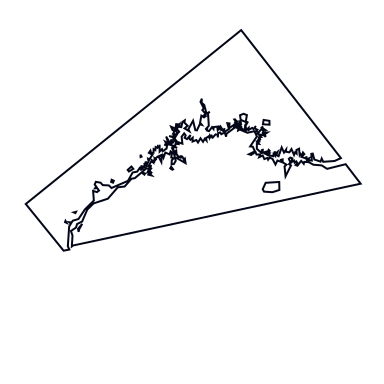 the district of Zemam Out, Al Wadi at Jadid, Egypt, rotated 232°
{"feature_id": "37247803B74353300773864", "entity_name": "Zemam Out", "entity_type": "district", "adm_level": 2, "iso_a3": "EGY", "parent_name": "Egypt", "parent_adm1": "Al Wadi at Jadid", "projection": "albers", "projection_center": [32.566, 23.653], "detail": "fine", "context": "isolated", "style": "outline", "palette": "ink", "viewbox_px": 384, "rotation_deg": 232, "n_neighbors": 0, "source": "geoboundaries", "source_scale": "gbopen_adm2", "svg_char_len": 6145}
<svg xmlns="http://www.w3.org/2000/svg" viewBox="0 0 384 384"><g transform="rotate(232 192 192)"><path d="M240.6,85.9L244.2,96.9L245.7,109.4L253.7,114.7L250.4,117.1L250.4,119.6L257.8,119.9L259.2,122.5L255.6,125.7L252.4,125.9L248.3,130.6L244.7,131.0L240.2,148.4L243.9,157.2L241.8,161.4L243.0,165.1L240.9,165.5L241.0,166.0L242.1,165.5L242.8,166.2L241.0,167.0L244.3,168.2L240.8,167.7L242.2,168.8L239.8,170.0L242.0,170.0L241.1,172.0L243.1,171.7L244.3,171.9L241.8,172.2L244.7,174.4L241.1,172.8L243.6,177.9L244.5,177.4L245.2,177.8L243.9,178.3L245.7,183.8L249.4,182.1L250.2,184.7L248.0,183.8L246.6,185.8L249.4,188.2L247.6,188.9L249.8,191.0L248.1,191.9L249.1,193.2L246.8,193.6L249.2,195.6L243.8,191.4L244.2,194.7L242.2,194.0L241.9,198.7L244.0,201.0L246.4,199.3L244.8,201.4L247.9,201.9L244.8,203.2L251.6,205.8L244.5,204.8L243.7,202.9L242.2,205.3L246.3,207.7L242.8,207.6L243.6,210.5L245.9,209.3L244.2,210.9L245.2,211.9L250.2,208.4L247.3,210.9L248.0,212.6L245.4,212.4L246.6,215.5L249.5,212.9L251.2,216.4L252.7,214.8L256.3,215.7L253.2,217.4L247.1,216.5L247.4,219.0L252.8,218.7L255.8,222.0L253.4,220.5L254.1,222.2L253.4,223.5L252.8,220.0L251.4,219.7L252.7,223.5L251.1,222.1L249.7,223.5L253.1,227.6L252.9,230.4L251.3,228.7L246.9,229.3L246.7,225.3L241.5,227.3L243.7,227.8L247.5,236.7L238.7,232.7L237.5,233.8L240.6,239.8L238.8,241.1L241.7,241.1L246.4,246.4L243.4,247.4L243.3,249.5L245.1,248.0L245.0,250.8L250.2,250.6L250.7,252.8L257.8,254.2L259.5,257.2L256.5,254.6L253.0,255.2L244.8,251.7L244.3,255.4L244.2,253.1L233.8,246.0L233.0,241.0L232.4,242.8L231.2,241.7L229.5,242.8L230.8,247.7L228.4,247.7L229.8,249.1L226.8,254.1L227.3,251.7L224.8,250.3L226.2,254.8L223.2,254.5L224.2,254.0L223.6,252.9L220.9,254.5L222.2,257.0L220.5,254.5L219.2,255.9L218.9,259.9L224.5,262.2L222.9,263.8L219.4,260.5L219.1,267.2L217.9,265.6L216.9,267.8L219.0,268.0L218.4,269.4L220.2,269.0L220.0,270.7L220.7,269.8L223.1,270.0L222.8,270.6L219.7,270.7L219.2,269.4L217.4,270.7L218.0,268.2L215.9,267.8L215.8,271.5L216.2,271.4L217.5,272.2L218.3,273.4L218.2,274.0L215.8,272.7L216.5,272.0L215.6,271.4L215.5,269.4L215.0,268.4L214.6,269.7L215.1,271.0L214.9,271.3L214.3,268.9L212.6,271.7L213.3,269.4L208.2,271.5L212.1,275.3L213.1,279.6L211.1,274.8L207.3,273.1L207.7,276.2L206.0,274.9L205.5,278.9L203.7,279.2L204.7,283.0L203.9,280.3L200.8,281.9L200.5,280.3L197.8,280.7L198.7,284.9L196.8,286.4L199.8,286.3L200.0,288.4L199.7,286.7L195.7,288.0L196.7,286.5L195.1,284.3L192.5,288.0L192.7,285.0L190.1,283.9L194.1,283.6L193.2,282.7L196.6,279.9L192.8,280.3L193.9,278.4L190.8,278.2L192.8,277.4L192.0,275.5L189.8,276.9L191.6,274.3L188.7,274.4L190.2,272.9L186.1,269.7L180.9,270.6L180.3,271.3L182.0,272.8L181.6,273.7L179.5,271.7L178.4,274.5L177.6,273.0L174.9,274.3L178.4,275.7L176.8,275.8L178.0,278.4L176.6,278.5L176.2,275.6L174.8,277.0L174.3,274.7L170.2,278.0L171.7,279.6L169.6,279.8L173.2,282.1L170.8,281.6L170.9,284.0L169.1,281.2L166.9,282.3L171.9,290.1L166.4,288.8L167.5,292.3L165.9,290.8L163.3,293.2L164.6,296.8L158.3,295.2L159.8,297.8L157.9,298.1L160.8,300.2L160.2,303.0L154.8,299.6L155.2,300.9L153.0,300.7L154.8,303.8L152.7,303.8L152.3,299.9L148.4,302.3L149.6,304.1L146.9,302.4L146.5,304.9L145.7,303.1L143.0,305.8L148.6,309.5L147.9,310.8L142.3,308.4L136.8,312.0L138.5,314.8L135.0,314.0L128.7,323.4L127.0,330.2L289.3,330.4L284.9,53.6L224.8,54.7L222.2,59.9L225.6,60.7L240.4,73.9L242.8,80.3L240.6,85.9ZM218.9,274.8L222.9,277.1L221.9,280.8L218.8,282.6L214.1,277.4L218.9,274.8ZM201.7,289.6L204.7,292.8L200.4,296.8L197.3,294.5L201.7,289.6ZM249.4,159.9L246.4,160.0L247.0,154.9L249.0,154.9L249.4,159.9ZM251.1,136.2L249.0,137.3L248.0,135.5L249.7,134.5L251.1,136.2ZM251.2,173.0L253.1,174.3L250.9,174.0L251.2,173.0ZM247.1,74.5L244.9,74.2L246.4,73.4L247.1,74.5ZM248.7,86.3L247.8,88.4L247.2,87.1L248.7,86.3ZM243.8,76.6L242.8,77.7L242.7,76.8L243.8,76.6ZM254.6,117.8L254.9,118.9L254.2,118.4L254.6,117.8ZM223.1,63.8L223.1,65.3L94.7,330.0L119.3,330.2L127.1,312.7L133.1,310.6L138.8,304.4L143.5,302.5L146.6,299.0L145.4,297.4L149.3,297.2L147.8,291.3L149.4,290.3L150.0,292.9L152.0,293.0L151.9,290.9L154.1,291.7L154.2,288.2L156.7,291.8L158.6,290.7L158.5,288.7L154.9,287.9L154.2,285.6L152.0,286.4L146.8,275.4L155.2,280.7L155.4,283.3L159.5,281.7L161.9,283.5L162.5,282.0L160.0,281.4L164.2,278.7L162.3,274.7L168.5,275.8L171.3,274.4L170.6,271.9L172.4,272.5L173.4,269.3L177.2,270.2L178.1,266.4L179.6,268.9L181.8,265.9L184.4,266.7L184.8,261.4L186.7,260.1L185.3,266.6L190.3,267.8L192.1,265.9L195.8,277.3L201.4,278.7L204.6,272.1L211.8,268.1L212.1,266.2L213.6,267.8L216.4,265.9L216.7,255.1L214.6,252.9L218.8,254.5L219.5,250.7L221.7,250.8L222.2,248.8L219.1,245.9L221.2,247.6L222.9,246.0L222.1,241.9L225.3,242.3L222.6,240.5L225.5,240.8L224.1,239.1L225.6,239.5L225.9,236.3L223.7,235.1L226.1,234.9L224.8,231.6L229.1,231.8L227.3,227.2L230.3,227.4L231.4,223.5L234.3,225.9L234.1,222.9L236.0,222.6L237.8,225.9L236.8,220.6L239.3,219.6L240.5,221.9L243.0,221.9L241.9,217.8L236.0,214.2L239.7,211.8L238.0,211.0L239.4,209.5L240.8,211.2L242.2,211.2L239.0,207.5L240.2,205.2L235.9,207.5L239.5,204.8L237.5,203.8L239.8,203.5L234.6,202.4L234.4,205.1L232.7,204.0L233.8,201.1L231.9,201.2L231.0,203.2L227.8,203.0L227.0,205.5L225.8,205.6L226.8,203.9L225.9,204.4L225.6,206.1L222.5,205.5L222.7,206.9L218.7,204.7L230.2,200.0L226.6,198.4L225.2,194.9L226.4,193.0L229.5,195.6L229.8,198.4L232.0,196.9L235.5,200.7L237.2,200.2L235.5,197.4L239.5,195.3L236.6,190.7L239.7,191.8L240.6,188.4L238.6,190.0L234.5,186.3L240.7,187.5L241.1,184.0L239.1,183.6L241.5,183.2L239.9,182.3L240.7,180.6L238.0,180.9L241.4,180.0L239.6,179.4L241.3,178.9L239.2,173.8L237.9,175.6L236.7,174.3L238.0,172.7L235.7,174.2L235.0,171.7L231.2,172.0L235.0,171.4L235.2,169.7L236.8,172.6L238.7,170.6L238.1,155.5L239.7,152.5L237.8,142.3L241.4,136.4L238.5,121.6L243.6,107.5L242.6,98.6L236.4,87.3L237.5,81.7L235.4,78.7L235.8,72.6L231.2,71.0L223.1,63.8ZM153.9,255.7L146.2,266.9L139.8,262.1L142.3,255.3L147.9,249.0L150.6,249.4L153.9,255.7ZM234.5,85.9L232.1,80.1L230.4,78.1L233.1,79.5L234.5,85.9ZM224.0,189.4L224.8,191.2L221.5,191.1L221.6,190.3L224.0,189.4ZM238.4,164.3L235.5,166.4L235.0,165.2L238.4,164.3ZM233.8,169.7L230.0,170.3L232.6,168.2L233.8,169.7Z" fill="none" stroke="#020617" stroke-width="2"/></g></svg>